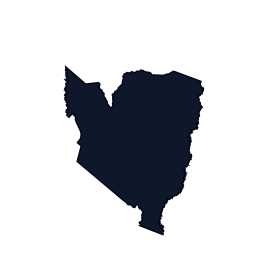 the district of Sauce, Corrientes, Argentina, rotated 301°
{"feature_id": "61730980B9994568619241", "entity_name": "Sauce", "entity_type": "district", "adm_level": 2, "iso_a3": "ARG", "parent_name": "Argentina", "parent_adm1": "Corrientes", "projection": "orthographic", "projection_center": [-58.817, -29.951], "detail": "fine", "context": "isolated", "style": "filled", "palette": "ink", "viewbox_px": 256, "rotation_deg": 301, "n_neighbors": 0, "source": "geoboundaries", "source_scale": "gbopen_adm2", "svg_char_len": 5895}
<svg xmlns="http://www.w3.org/2000/svg" viewBox="0 0 256 256"><g transform="rotate(301 128 128)"><path d="M143.2,46.4L143.3,47.5L141.4,47.4L141.5,48.5L140.6,48.4L139.7,49.3L138.1,50.1L137.4,50.1L137.0,49.4L136.5,51.0L137.6,51.5L137.8,51.9L136.7,52.0L136.1,52.8L134.1,51.7L133.9,51.8L133.7,52.9L132.7,52.9L131.3,53.9L129.5,53.4L129.0,54.4L128.0,54.2L128.2,54.8L127.5,55.4L127.0,56.7L126.2,57.1L123.8,56.8L123.5,56.9L123.6,57.8L123.3,58.4L121.5,58.2L121.1,58.7L121.4,59.4L119.7,59.5L119.5,61.0L118.5,61.4L118.6,62.1L118.1,63.0L116.8,63.8L116.4,63.2L116.1,63.3L115.4,63.9L114.8,66.1L113.8,66.3L113.6,66.7L111.9,65.9L110.7,66.2L109.5,67.0L109.7,68.2L108.6,68.9L107.5,68.8L106.8,71.9L111.7,72.9L110.4,77.6L108.6,78.3L106.9,80.0L100.8,89.0L99.1,90.7L96.7,92.0L94.5,92.8L89.4,92.2L88.5,97.2L73.2,101.7L63.5,162.2L63.5,164.0L63.0,166.0L62.5,166.4L62.4,167.0L62.7,168.4L63.5,169.3L63.6,170.9L63.4,171.8L62.8,172.2L63.3,174.7L63.5,174.8L64.8,174.4L65.4,174.8L66.2,174.6L67.2,175.2L67.2,176.4L65.3,178.6L64.8,179.7L65.2,181.1L63.7,184.0L63.2,184.3L62.5,184.3L62.2,184.6L61.3,184.5L60.5,184.7L60.2,185.0L60.4,185.3L59.2,185.6L55.9,187.7L53.9,187.3L53.2,186.4L52.9,186.3L52.2,187.2L52.3,187.7L51.9,187.8L51.8,188.9L50.7,189.1L50.5,188.9L54.6,212.8L54.8,212.8L55.0,211.8L55.4,212.5L55.7,212.4L55.7,211.8L56.6,211.4L57.7,211.7L57.9,211.6L57.8,211.1L58.5,211.2L58.7,210.4L58.3,210.2L58.3,209.9L60.0,209.4L60.3,208.8L60.9,209.1L60.7,208.5L60.9,208.3L61.2,208.3L61.4,208.8L62.0,208.6L61.8,207.8L61.5,207.7L62.1,206.9L61.5,207.0L61.4,206.6L60.8,206.7L60.7,206.4L61.7,204.7L62.2,204.8L62.1,204.1L62.7,204.3L63.0,203.4L64.0,203.9L64.4,203.6L64.6,203.3L64.4,201.7L65.1,201.6L65.9,202.0L66.2,202.4L66.8,202.0L66.9,202.7L67.5,202.7L67.5,202.3L68.6,201.3L69.5,201.8L69.8,201.6L69.6,201.0L70.0,201.0L70.2,201.5L70.4,200.8L71.2,200.7L71.3,200.2L71.7,200.3L71.7,200.0L72.5,200.5L73.1,200.0L74.6,199.9L76.6,199.2L76.5,198.8L77.2,198.4L77.9,199.0L78.4,198.8L79.0,199.1L78.7,199.6L78.9,199.7L79.5,199.6L79.7,199.1L80.3,199.1L81.4,198.5L81.6,199.0L82.0,198.7L83.0,199.2L83.2,198.8L84.6,199.6L85.5,199.1L85.0,198.7L85.1,198.2L86.2,199.1L86.6,199.0L86.6,198.4L87.0,198.2L87.4,198.5L87.2,198.6L87.8,199.8L88.9,200.6L89.3,200.4L89.4,200.0L90.2,200.2L90.1,200.7L90.3,201.1L90.8,201.2L90.8,201.9L91.9,201.2L92.4,201.9L93.0,201.6L93.7,202.9L94.2,202.9L95.2,204.3L96.3,204.4L96.6,204.7L97.0,204.5L97.4,205.1L97.7,204.9L97.8,204.2L98.1,204.2L98.8,204.8L99.2,206.1L100.9,205.8L101.5,206.1L102.2,204.9L102.2,205.6L102.4,205.7L102.8,205.2L103.9,205.9L105.0,205.2L104.9,205.6L105.1,205.7L105.8,205.3L106.5,205.5L107.0,204.6L108.0,204.5L107.7,203.5L108.7,203.3L108.7,202.7L109.7,203.4L110.1,203.1L110.5,203.3L111.1,203.1L111.2,202.3L111.7,202.2L111.9,202.5L111.7,202.9L112.3,203.2L112.5,202.9L113.0,203.0L112.4,202.4L112.5,202.2L113.1,202.7L114.1,201.5L114.4,202.0L115.3,201.6L115.9,202.2L117.0,201.4L117.5,201.7L117.5,200.5L118.8,201.0L118.3,200.3L119.0,200.1L119.3,200.4L119.5,200.0L119.2,199.4L119.7,199.0L120.5,199.2L120.5,198.4L119.9,198.4L120.2,197.9L120.9,197.6L121.3,198.5L121.2,198.0L122.3,198.2L122.5,197.6L122.1,197.2L122.4,197.2L122.5,196.8L123.6,197.0L123.7,196.3L124.3,196.6L124.2,197.1L124.8,197.2L124.7,198.0L125.5,198.3L125.8,197.4L126.3,197.4L126.6,196.9L127.4,197.0L126.8,197.5L127.2,198.4L127.3,197.8L127.7,198.0L128.6,197.3L128.7,197.5L129.3,197.3L129.2,197.8L130.3,197.7L130.2,197.4L131.0,196.7L131.6,196.8L131.7,197.4L132.2,197.2L133.1,197.8L133.1,197.3L133.6,197.7L133.8,197.2L134.3,197.6L136.4,197.1L137.7,196.0L137.0,195.7L137.9,193.4L138.1,193.1L138.6,193.5L138.9,193.3L138.9,192.7L139.7,192.4L140.2,191.6L143.1,190.7L142.5,189.9L142.7,189.6L144.9,189.7L145.4,190.1L146.2,189.0L147.0,188.6L147.1,189.1L148.3,189.0L147.7,188.3L149.3,188.1L149.0,187.3L149.6,187.6L149.9,187.2L150.2,187.8L150.6,187.1L151.5,187.0L151.9,186.7L152.2,186.3L151.8,185.4L152.0,184.7L151.5,183.9L152.4,184.1L152.9,185.0L154.5,184.0L155.3,184.5L155.8,184.4L156.9,185.3L156.9,184.3L157.6,184.5L157.6,184.0L158.0,184.2L158.5,183.7L158.9,184.3L159.3,183.7L159.5,184.4L160.1,184.5L160.4,185.2L162.2,186.2L162.3,186.8L162.7,186.7L162.9,187.3L163.1,187.0L163.5,187.3L164.1,186.6L164.4,187.2L164.9,186.5L164.7,186.1L164.9,186.0L165.5,185.7L167.2,185.9L167.5,185.3L168.2,185.8L168.6,184.6L168.9,185.2L169.5,185.1L170.1,183.9L172.1,183.6L173.1,182.6L175.1,183.0L177.1,181.2L178.3,180.7L182.1,180.4L183.9,180.9L184.2,180.7L184.3,180.0L184.6,179.7L184.6,178.5L186.9,176.9L187.1,175.1L189.5,174.1L189.2,173.2L189.9,172.3L190.5,172.5L191.0,171.7L191.7,171.8L191.9,172.4L193.7,173.2L194.5,172.8L195.0,173.0L195.4,173.8L196.9,173.2L199.2,173.2L200.4,172.1L200.7,172.3L200.9,172.1L201.1,171.6L200.4,170.8L200.4,170.4L201.4,169.2L202.2,167.6L205.5,166.5L200.2,138.2L199.7,137.9L199.3,137.0L197.9,136.8L196.9,135.9L195.7,135.5L194.0,133.5L191.5,131.4L189.2,127.6L188.8,126.2L187.7,125.2L187.4,123.8L186.7,123.6L186.5,123.4L186.7,122.7L186.0,122.4L186.0,120.8L186.4,120.0L186.8,118.4L184.9,113.5L185.1,111.6L184.4,111.0L184.6,109.5L184.0,109.4L183.5,108.9L182.4,108.9L181.9,107.4L181.1,106.2L180.6,106.0L179.4,106.1L179.3,105.6L178.7,105.5L178.3,102.5L177.5,101.9L177.3,102.3L176.6,102.2L176.2,101.0L175.6,100.2L175.1,100.0L174.8,98.3L173.6,98.4L173.6,97.9L173.1,97.8L172.4,96.9L171.4,97.2L169.8,97.1L169.3,97.2L168.6,98.6L168.2,99.0L167.1,98.7L164.4,99.6L163.7,100.3L161.9,100.3L157.6,99.0L156.1,99.6L155.2,99.1L154.1,99.6L152.8,98.1L150.3,98.3L148.8,97.3L147.9,97.9L147.2,98.9L145.9,99.4L145.4,100.2L144.4,100.3L143.3,101.6L141.3,102.0L139.6,103.5L135.4,103.3L136.2,102.0L136.7,101.7L136.5,100.9L137.1,100.5L138.3,97.7L139.2,96.7L139.9,96.5L139.9,96.1L142.0,92.9L142.2,92.3L142.0,91.4L143.0,91.0L143.2,90.3L144.7,90.0L145.2,89.6L145.6,87.6L146.9,86.1L147.0,83.7L147.3,83.0L148.5,82.3L148.8,81.5L150.6,81.6L151.4,80.9L151.6,79.3L143.8,69.0L148.3,43.2L146.4,44.6L145.4,44.6L144.7,46.0L143.2,46.4Z" fill="#0f172a" stroke="#020617" stroke-width="1.5"/></g></svg>